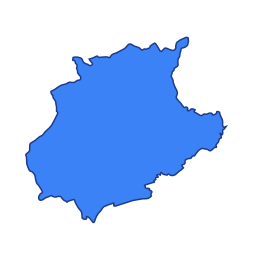 the border of Himachal Pradesh, rotated 279°
{"feature_id": "IND-2429", "entity_name": "Himachal Pradesh", "entity_type": "Union Territory", "adm_level": 1, "iso_a3": "IND", "parent_name": "India", "parent_adm1": "", "projection": "orthographic", "projection_center": [77.297, 31.808], "detail": "fine", "context": "isolated", "style": "filled", "palette": "blue", "viewbox_px": 256, "rotation_deg": 279, "n_neighbors": 0, "source": "natural_earth", "source_scale": "10m", "svg_char_len": 5803}
<svg xmlns="http://www.w3.org/2000/svg" viewBox="0 0 256 256"><g transform="rotate(279 128 128)"><path d="M190.0,78.9L191.7,82.4L194.0,85.7L194.2,86.4L194.0,86.8L193.6,87.2L193.3,87.8L193.2,88.7L193.5,89.4L194.9,95.6L194.8,97.0L194.6,98.3L194.7,99.1L195.7,99.4L197.8,100.6L199.1,102.3L200.1,104.4L205.8,112.1L207.5,113.4L210.0,114.9L210.7,115.5L211.3,116.9L211.2,118.2L210.0,121.1L209.7,122.4L209.3,125.3L208.9,126.6L207.4,129.0L207.3,130.1L208.7,131.7L208.6,132.9L208.6,133.6L208.9,134.1L209.6,135.0L210.1,136.2L210.4,136.6L210.8,137.0L211.3,137.1L212.4,137.1L214.6,139.3L216.0,141.0L215.7,141.9L214.7,143.0L209.1,147.7L208.9,149.2L211.1,150.6L212.8,152.1L212.7,154.3L211.9,157.0L211.6,159.6L211.7,160.7L212.0,161.4L212.4,161.8L214.3,162.7L214.9,162.7L216.4,162.3L218.0,162.5L218.7,162.4L220.5,163.1L221.3,164.0L223.1,165.8L226.5,171.0L226.7,172.1L226.5,173.2L224.7,173.8L223.0,174.1L219.3,173.9L218.0,173.0L217.2,172.3L216.4,171.1L215.3,168.7L214.8,168.2L214.0,168.0L212.5,168.1L210.7,167.8L208.7,167.7L207.5,167.8L206.6,167.8L205.6,167.4L204.9,167.0L203.9,166.8L202.6,166.7L200.1,167.1L198.9,167.4L197.9,167.6L197.3,167.4L196.3,166.8L194.5,164.7L193.9,164.3L193.4,164.2L192.6,164.4L192.1,164.3L191.5,163.9L191.2,163.4L190.7,163.0L190.2,162.9L189.0,162.9L186.9,162.6L186.0,162.6L185.3,162.9L182.4,164.9L179.6,165.8L175.6,168.1L173.0,170.1L171.2,171.0L170.5,171.2L169.4,171.3L166.7,170.8L166.1,170.8L165.4,171.0L164.7,171.5L162.9,173.4L161.1,175.8L157.6,179.4L157.2,180.0L157.1,180.7L157.7,181.9L157.8,182.5L157.4,183.3L156.9,183.9L156.4,184.1L155.9,184.1L154.8,183.8L154.4,184.2L154.4,184.9L155.1,186.2L155.7,186.7L156.2,187.1L156.7,187.5L156.9,188.2L156.9,189.9L156.6,191.3L155.8,191.3L155.0,190.7L154.5,190.7L153.9,191.6L153.2,193.9L151.9,197.0L151.7,198.2L152.0,199.1L153.6,200.7L153.8,201.8L153.9,203.3L154.1,204.1L155.1,205.3L155.3,205.8L155.7,207.5L155.6,208.2L155.3,208.8L154.2,209.5L154.1,209.9L155.4,212.2L155.9,212.8L156.5,213.0L158.0,213.2L158.2,213.5L158.3,214.6L158.2,215.3L157.6,216.1L157.0,216.2L155.6,216.8L151.0,219.8L149.6,220.4L145.6,221.0L144.4,221.6L143.7,222.5L143.9,223.1L144.7,224.3L144.9,224.7L142.2,223.3L140.7,221.8L139.8,221.9L139.2,222.1L137.7,222.4L136.5,222.3L136.1,222.1L136.0,221.8L137.0,220.7L137.2,220.2L137.1,219.8L136.7,219.9L134.8,221.1L133.9,221.5L132.9,221.6L132.4,221.1L131.7,220.2L131.2,219.9L128.4,219.5L127.8,219.2L126.8,218.5L124.8,217.5L123.2,218.4L122.9,218.3L122.5,217.6L122.5,216.7L119.3,214.1L118.5,213.1L118.3,212.1L119.2,210.3L119.4,209.3L119.3,207.4L119.5,205.6L119.4,204.6L119.0,203.7L118.1,202.4L117.4,201.7L115.8,200.6L113.3,199.1L111.5,198.4L110.8,197.9L110.7,197.5L110.7,197.1L110.4,196.3L110.0,195.8L109.4,195.5L108.7,195.3L108.2,195.0L107.8,194.4L107.5,193.6L107.2,192.3L106.9,191.6L105.3,189.6L104.4,189.5L103.6,189.6L102.7,189.8L101.9,189.7L101.3,189.4L100.8,188.8L100.3,187.6L100.1,187.3L99.7,187.2L98.9,187.5L98.1,188.2L97.3,189.0L94.6,186.8L93.3,185.3L90.2,182.8L89.0,181.6L88.4,180.7L88.0,179.2L87.9,178.5L88.0,177.2L88.9,175.5L88.8,174.8L87.7,174.1L87.6,173.6L87.8,170.1L88.0,169.7L88.9,168.6L89.3,167.8L89.0,167.4L88.5,167.2L87.1,167.4L86.6,167.3L86.6,167.0L86.9,165.8L86.7,165.1L86.3,164.2L85.8,163.7L85.6,163.7L85.4,163.9L84.8,165.1L84.3,165.4L84.0,165.1L83.7,163.8L83.4,163.3L83.1,163.1L82.1,163.0L81.6,163.5L81.4,163.4L80.9,163.0L80.4,162.1L80.1,161.8L79.8,161.8L79.1,162.4L78.8,162.5L78.4,162.3L78.0,161.1L76.8,158.6L74.6,154.2L73.8,153.4L73.2,154.1L71.6,154.6L71.3,155.4L71.6,157.9L71.4,158.6L71.1,158.9L70.4,158.7L70.0,159.0L69.8,159.6L69.6,160.6L69.2,161.2L68.9,161.5L68.4,161.6L68.0,161.5L67.0,161.0L65.8,161.1L64.5,161.7L63.3,160.9L62.1,159.5L61.5,158.5L61.1,157.4L60.3,153.3L57.2,144.2L48.9,127.7L48.8,127.1L48.9,126.4L49.1,126.1L49.6,125.9L51.1,126.0L51.5,125.7L51.5,125.3L49.2,120.8L47.2,117.6L46.5,116.4L45.5,115.7L42.1,114.1L39.3,112.2L36.6,111.0L36.3,110.6L35.4,110.7L34.1,110.2L30.6,109.6L29.4,109.1L29.3,108.6L29.5,108.0L32.9,104.3L33.9,102.5L34.2,101.5L34.1,101.1L33.8,100.9L33.4,100.9L32.5,101.3L32.1,101.3L31.5,100.9L31.2,100.0L31.1,99.0L31.2,98.0L31.5,97.3L32.0,96.8L36.1,95.9L37.2,95.4L38.1,94.9L39.0,94.1L41.1,91.6L45.6,88.0L48.4,86.5L48.8,86.1L48.9,85.7L48.8,85.3L46.5,80.6L45.7,79.6L45.2,79.4L45.6,78.8L46.3,77.4L46.3,76.5L48.0,74.0L49.5,72.7L49.7,71.8L49.7,70.3L48.6,67.6L48.4,66.9L48.6,64.6L49.1,63.3L49.1,62.9L48.9,62.1L48.6,61.5L47.7,60.3L46.7,58.4L46.1,57.5L44.2,55.4L43.5,54.5L43.1,53.5L43.0,52.6L43.2,51.8L43.7,51.3L44.4,50.8L45.5,50.6L46.2,50.6L46.8,50.7L49.2,51.7L49.7,52.1L50.6,53.3L51.0,53.6L51.6,53.4L52.6,52.8L57.2,48.9L58.9,46.8L60.0,46.0L63.0,44.7L65.4,44.0L66.6,43.4L67.8,42.6L69.2,41.1L69.8,39.9L70.0,39.0L70.0,38.3L70.4,37.7L71.1,36.9L74.5,34.8L77.0,33.6L83.5,32.3L85.2,31.3L86.2,31.4L89.2,33.9L90.0,34.3L96.4,33.7L97.3,33.9L98.1,34.5L101.5,38.6L102.6,39.4L105.7,42.2L107.0,44.1L107.8,44.9L108.7,45.5L111.2,46.7L116.2,50.6L118.9,52.2L123.7,53.9L131.0,56.2L132.3,56.2L132.7,55.9L133.1,55.1L133.6,54.7L136.4,54.4L138.3,53.9L139.5,53.4L141.8,52.7L142.7,52.4L144.2,51.3L146.2,49.3L147.8,48.8L148.3,48.5L149.6,47.1L151.2,46.3L151.7,46.2L152.2,46.3L152.8,47.1L153.4,48.0L154.7,49.7L158.1,53.2L160.0,55.7L162.1,60.5L163.0,61.3L163.7,62.4L164.1,63.2L164.3,66.7L164.7,67.8L165.3,68.6L166.7,70.1L167.2,71.0L167.9,72.8L168.7,73.5L170.7,73.4L171.6,72.9L172.6,71.4L173.5,70.8L173.8,70.5L174.1,70.0L174.7,69.6L177.0,69.1L178.4,68.1L179.1,67.9L181.2,68.0L182.1,67.8L182.7,67.5L183.5,66.2L184.1,65.8L185.6,65.3L186.1,64.9L186.3,64.3L186.1,63.2L186.3,62.9L187.2,62.7L188.7,62.7L189.1,62.8L189.5,63.6L189.9,65.3L190.0,66.3L190.1,67.3L189.8,70.1L189.6,70.7L189.2,71.3L188.7,71.9L187.2,72.8L186.1,73.7L185.6,74.3L185.0,75.7L184.6,77.8L184.4,78.7L183.9,79.6L183.7,80.6L183.9,81.5L184.4,82.2L185.1,82.7L185.6,82.8L186.2,82.8L188.8,79.8L190.0,78.9Z" fill="#3b82f6" stroke="#1e3a8a" stroke-width="1.5"/></g></svg>